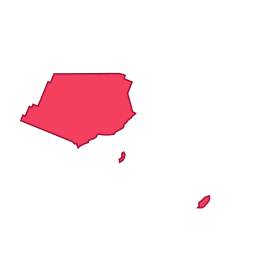 the district of Ventura, California, United States of America, rotated 292°
{"feature_id": "52423323B91201263130085", "entity_name": "Ventura", "entity_type": "district", "adm_level": 2, "iso_a3": "USA", "parent_name": "United States of America", "parent_adm1": "California", "projection": "albers", "projection_center": [-119.205, 34.058], "detail": "fine", "context": "isolated", "style": "filled", "palette": "rose", "viewbox_px": 256, "rotation_deg": 292, "n_neighbors": 0, "source": "geoboundaries", "source_scale": "gbopen_adm2", "svg_char_len": 1413}
<svg xmlns="http://www.w3.org/2000/svg" viewBox="0 0 256 256"><g transform="rotate(292 128 128)"><path d="M90.9,89.3L91.5,89.5L92.6,89.7L95.1,91.9L95.6,92.0L96.0,92.3L99.7,96.5L99.9,96.6L101.2,96.1L101.7,96.3L103.8,98.2L105.0,99.9L107.4,101.7L108.5,102.0L109.6,101.8L110.9,102.7L111.4,103.7L111.7,104.4L112.2,106.7L113.0,109.2L115.0,113.8L116.0,115.5L116.2,115.9L117.1,117.4L117.6,117.5L118.4,117.6L119.9,118.2L125.8,123.0L127.8,123.6L129.0,123.1L130.0,123.2L131.8,124.1L132.4,124.3L135.1,125.0L138.4,127.1L139.2,127.1L141.1,127.8L143.4,129.2L144.4,129.6L144.8,126.0L153.3,119.7L160.0,114.6L166.6,114.6L168.6,114.5L169.6,114.5L172.1,114.6L172.1,110.8L172.1,108.7L172.1,106.3L173.9,105.8L174.1,105.8L175.7,105.6L175.6,103.0L175.5,102.3L175.2,99.6L173.6,95.7L171.8,91.2L169.5,85.7L166.5,78.4L164.9,74.5L159.0,60.2L150.5,39.2L141.0,39.2L141.0,36.6L114.4,36.4L114.4,31.1L111.0,31.1L111.1,28.4L100.6,28.4L100.6,25.8L94.7,25.8L94.6,67.0L94.5,78.8L94.7,81.5L93.3,84.4L94.1,86.1L90.9,89.3ZM80.3,222.5L81.2,225.1L81.6,225.7L81.7,226.0L81.7,226.3L83.7,228.0L86.6,228.8L87.1,229.3L88.3,229.6L90.8,230.2L91.9,230.2L94.0,229.8L95.5,228.7L92.6,225.5L91.8,224.9L90.1,224.3L87.8,223.3L85.5,221.8L85.0,221.8L83.9,222.3L83.5,222.3L82.7,223.2L82.1,223.4L80.3,222.5ZM95.6,131.6L93.1,133.2L96.3,135.4L99.5,135.7L102.4,135.0L103.9,132.8L102.3,131.9L98.3,133.3L95.6,131.6Z" fill="#f43f5e" stroke="#9f1239" stroke-width="1.5"/></g></svg>